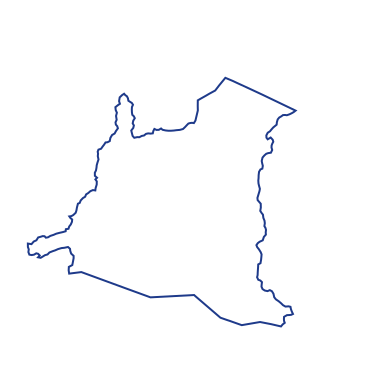 Madalena, Ceará, Brazil (Natural Earth projection), rotated 200°
{"feature_id": "56859067B9185631320714", "entity_name": "Madalena", "entity_type": "district", "adm_level": 2, "iso_a3": "BRA", "parent_name": "Brazil", "parent_adm1": "Ceará", "projection": "natural_earth1", "projection_center": [-39.486, -4.884], "detail": "fine", "context": "isolated", "style": "outline", "palette": "blue", "viewbox_px": 384, "rotation_deg": 200, "n_neighbors": 0, "source": "geoboundaries", "source_scale": "gbopen_adm2", "svg_char_len": 3665}
<svg xmlns="http://www.w3.org/2000/svg" viewBox="0 0 384 384"><g transform="rotate(200 192 192)"><path d="M122.5,303.9L158.9,307.5L171.5,308.6L187.2,309.9L191.6,310.3L199.7,310.7L201.7,305.0L202.9,301.6L204.9,295.3L209.4,290.2L211.8,287.3L216.0,282.4L217.9,280.1L216.0,274.7L214.4,270.6L213.2,260.3L213.8,257.4L215.7,257.0L217.3,256.2L218.8,255.1L219.7,253.1L220.7,250.7L222.0,248.1L224.7,246.2L227.7,244.8L230.0,243.6L232.9,242.3L235.5,241.4L237.9,240.8L241.0,240.4L242.8,241.1L244.5,239.0L246.6,238.2L248.9,238.4L249.2,236.2L248.9,233.7L250.9,232.7L253.2,232.1L255.1,230.9L256.4,228.7L258.4,227.5L260.2,225.5L262.3,224.8L264.8,223.2L267.0,224.4L268.7,226.9L270.1,229.0L269.1,232.1L269.4,234.7L271.2,236.2L271.6,239.0L271.0,241.8L272.6,243.3L274.5,244.1L275.7,246.3L276.8,249.0L277.5,251.3L277.3,253.8L279.0,255.1L281.3,255.6L283.0,256.0L284.2,258.1L285.9,259.7L287.8,260.2L289.4,261.1L290.8,259.2L292.3,256.2L291.6,252.4L289.9,250.2L291.3,248.3L293.0,245.5L291.7,242.9L289.7,240.8L289.4,237.5L287.5,234.1L287.7,231.3L286.6,229.3L284.8,228.3L283.4,226.5L284.3,223.3L284.7,220.5L286.6,218.2L287.2,214.9L286.7,211.7L288.5,209.8L290.2,209.0L290.8,206.4L291.6,203.9L292.2,201.6L294.4,199.8L294.4,197.6L293.4,195.9L292.8,193.5L291.0,190.6L290.9,187.5L290.7,184.6L290.1,182.3L289.6,179.4L289.9,176.9L288.8,174.0L286.1,172.9L287.1,170.8L285.1,169.4L284.1,166.4L283.9,162.7L283.4,160.4L285.8,159.9L287.8,158.0L289.1,155.6L290.7,153.5L290.8,151.0L292.4,149.0L293.7,146.0L293.8,143.3L295.2,142.0L295.0,140.0L294.8,137.9L294.3,135.2L294.2,132.7L295.7,129.7L297.1,128.1L298.9,127.1L297.2,125.9L295.2,125.2L294.6,122.9L294.8,120.0L295.6,117.6L295.5,115.2L297.8,113.9L297.3,111.9L299.6,110.2L302.7,108.2L305.3,106.4L307.4,104.4L310.1,102.3L311.8,100.2L313.7,99.1L315.4,100.0L317.2,99.5L319.0,98.1L321.0,96.7L321.7,93.4L323.8,91.3L325.0,88.1L328.6,87.4L327.4,84.2L325.8,82.3L325.2,79.6L323.4,77.5L321.1,77.9L319.0,79.1L317.4,81.1L315.5,81.3L313.4,80.3L314.3,78.0L311.7,78.4L310.0,80.5L308.6,82.3L306.4,83.9L305.3,86.4L302.6,88.8L300.7,90.3L298.4,92.5L295.4,94.7L292.9,95.9L289.7,97.9L287.2,96.9L286.3,95.1L284.5,92.8L281.4,91.5L280.6,89.3L280.1,86.3L279.5,82.4L282.1,79.5L281.1,76.2L279.5,73.3L268.6,78.9L221.4,78.8L215.1,78.8L195.0,78.8L158.5,94.3L154.8,95.9L152.8,95.1L122.3,83.6L115.0,83.7L112.3,83.8L109.6,83.8L99.7,83.9L83.6,93.1L72.3,94.9L62.4,96.1L61.5,98.6L60.1,100.8L61.4,102.3L62.2,104.1L62.8,106.2L60.6,108.8L58.4,109.7L56.8,110.5L55.4,111.9L57.4,113.9L59.0,115.8L60.2,117.8L62.1,117.6L65.0,116.3L67.8,116.8L70.2,117.9L73.2,119.0L76.4,119.8L78.7,121.2L80.7,124.3L83.0,126.1L85.3,126.4L87.1,124.7L89.9,124.3L92.5,124.9L94.3,126.8L94.9,128.9L95.4,131.2L97.5,132.2L99.7,132.2L101.7,134.2L101.9,136.3L102.7,138.8L103.4,141.2L104.2,144.0L105.0,146.6L103.3,148.5L103.9,151.9L104.6,154.7L105.3,157.2L106.9,159.0L109.6,161.1L111.9,162.5L113.3,164.1L112.7,166.4L111.5,168.3L109.0,170.8L109.1,174.4L108.0,177.2L108.9,179.2L109.5,181.7L110.7,183.4L112.3,184.7L112.9,187.6L114.1,189.9L116.1,192.1L117.6,195.0L119.3,196.0L121.4,197.6L122.0,200.9L123.4,204.5L127.5,206.8L128.5,208.8L128.7,212.5L128.9,216.0L129.3,218.2L131.0,220.6L132.4,222.7L133.6,225.4L134.2,227.8L135.1,230.5L135.9,233.9L135.4,236.6L133.9,238.0L134.4,240.8L135.7,242.7L137.1,245.0L137.5,248.5L136.5,251.1L135.3,253.3L133.7,254.6L131.3,255.9L131.0,258.9L132.5,261.0L133.1,262.9L133.1,264.9L132.8,267.0L134.0,268.7L136.7,270.1L138.9,267.4L140.6,268.5L141.5,270.6L141.1,273.6L139.5,275.7L138.7,278.0L137.7,280.5L135.5,284.2L136.1,286.6L136.3,289.5L135.5,291.8L134.0,293.6L132.8,295.4L130.9,296.2L129.1,296.6L126.9,298.4L124.9,300.5L123.7,302.0L122.5,303.9Z" fill="none" stroke="#1e3a8a" stroke-width="2"/></g></svg>